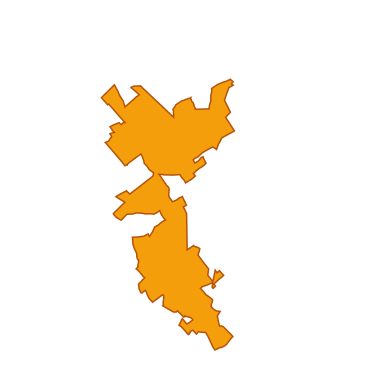 Sudzal, Yucatán, Mexico, rotated 224°
{"feature_id": "50627088B33781638054164", "entity_name": "Sudzal", "entity_type": "district", "adm_level": 2, "iso_a3": "MEX", "parent_name": "Mexico", "parent_adm1": "Yucatán", "projection": "orthographic", "projection_center": [-88.879, 20.784], "detail": "fine", "context": "isolated", "style": "filled", "palette": "amber", "viewbox_px": 384, "rotation_deg": 224, "n_neighbors": 0, "source": "geoboundaries", "source_scale": "gbopen_adm2", "svg_char_len": 6030}
<svg xmlns="http://www.w3.org/2000/svg" viewBox="0 0 384 384"><g transform="rotate(224 192 192)"><path d="M219.8,276.1L232.3,280.5L234.3,284.5L238.0,292.8L236.5,297.4L238.1,297.3L238.9,297.4L239.1,299.9L241.2,299.7L242.7,299.8L244.3,295.4L245.3,293.8L247.7,288.6L248.3,286.8L249.5,281.5L249.8,280.1L248.6,279.1L247.1,277.2L245.5,274.5L242.2,271.1L241.3,269.9L240.7,268.5L239.5,266.3L237.5,263.6L246.9,254.0L247.1,253.8L247.4,254.1L248.0,254.5L248.5,254.9L249.5,255.0L250.7,255.5L250.9,255.7L251.2,256.1L251.4,256.3L252.2,256.3L253.2,257.1L253.6,257.1L253.9,257.0L254.8,257.0L256.3,257.6L256.7,257.9L257.8,258.4L258.2,258.3L258.4,258.4L258.5,258.8L258.9,257.8L259.3,257.2L259.8,256.1L259.9,255.6L260.7,254.4L260.9,253.8L261.5,252.6L261.8,251.8L262.4,250.9L262.7,250.2L263.0,249.3L263.3,248.0L263.3,247.8L263.4,247.4L263.4,247.2L263.6,246.4L263.8,245.4L264.2,243.4L263.6,241.8L263.6,241.2L263.5,240.6L263.2,239.1L263.2,238.4L263.1,238.2L262.6,237.9L261.8,237.6L259.7,235.5L258.5,234.4L257.1,233.0L302.9,232.5L307.6,227.4L308.5,225.2L308.4,224.6L307.8,224.8L303.3,225.1L300.8,225.2L297.5,225.2L297.6,223.9L298.2,221.6L298.2,220.8L298.3,218.2L298.7,214.0L298.7,213.5L299.3,206.6L304.4,209.5L304.8,209.7L305.9,210.0L307.4,210.2L308.4,210.5L311.6,211.4L312.7,211.8L313.6,212.2L314.7,212.7L315.3,213.0L315.8,213.2L316.3,213.3L319.2,214.2L322.3,215.2L322.7,196.9L319.2,196.6L317.2,196.5L313.3,196.1L313.1,197.4L309.2,197.1L306.9,196.9L290.8,195.5L288.4,195.4L288.7,195.1L289.6,194.1L289.7,193.7L289.7,192.7L289.6,192.4L289.6,191.4L291.4,191.2L292.6,191.2L293.2,190.1L293.5,189.4L294.0,187.8L294.6,187.0L294.9,186.1L295.3,185.1L295.5,184.4L296.3,181.9L294.7,181.7L293.7,181.5L292.7,181.1L292.1,181.0L290.2,180.9L289.3,180.9L291.6,177.0L288.2,175.9L288.2,175.5L288.0,175.2L288.1,174.9L287.4,170.8L287.6,170.0L288.8,167.4L279.6,166.6L274.4,166.1L261.9,164.8L258.4,164.4L258.2,165.6L257.3,166.2L257.8,168.2L257.7,168.5L257.7,168.9L255.2,183.8L254.0,183.5L253.7,183.3L252.4,183.0L251.6,182.7L250.3,181.9L248.1,180.8L246.6,179.6L246.1,179.4L244.5,179.4L243.3,179.3L242.7,179.3L242.1,179.2L240.9,179.0L239.0,178.5L238.5,178.4L237.9,178.4L236.8,178.5L236.2,178.6L235.8,178.7L234.8,178.8L233.9,178.9L233.7,179.0L233.1,179.2L231.1,176.3L232.3,168.3L233.4,160.4L233.6,159.1L233.8,157.5L235.3,147.3L240.0,147.3L241.7,142.1L242.7,138.8L243.2,137.0L243.4,135.7L233.2,138.0L233.6,121.9L232.7,121.4L229.6,121.2L228.2,121.3L223.3,122.5L223.3,124.5L223.4,128.5L223.4,130.5L222.6,131.6L219.4,134.9L217.6,138.2L214.4,141.0L212.3,142.6L210.5,143.8L208.5,145.7L207.1,147.2L205.7,148.3L204.1,149.5L202.9,152.6L202.3,156.2L199.8,155.0L196.0,153.9L191.5,153.3L192.2,152.1L192.8,149.5L193.2,147.0L193.2,145.2L194.2,142.0L194.6,140.7L193.9,139.5L192.6,135.2L192.3,133.8L191.8,130.5L192.9,130.8L194.6,131.3L195.9,126.7L196.3,126.2L196.9,125.6L199.2,122.6L200.8,120.8L203.5,118.1L203.2,117.9L199.9,114.9L197.6,112.9L196.7,112.7L195.9,112.2L193.7,111.0L192.0,110.5L191.0,110.1L189.3,109.4L188.5,108.8L187.8,108.1L187.3,107.6L186.8,107.2L185.7,106.5L185.3,106.1L184.9,106.0L184.2,105.7L183.5,105.8L182.8,105.8L181.9,104.5L181.2,103.7L180.0,101.4L178.8,100.8L178.8,98.8L178.8,97.9L176.7,98.2L173.7,98.0L172.7,97.9L171.7,97.7L170.7,97.7L169.3,97.3L168.1,97.4L166.4,97.5L166.5,95.5L166.6,94.6L166.4,92.1L166.5,91.2L166.5,88.6L165.8,88.1L162.9,85.6L162.2,85.4L161.7,85.2L158.9,84.1L157.8,84.5L157.7,85.0L157.8,85.7L157.7,86.8L157.1,88.9L154.1,87.8L153.2,87.2L149.4,85.8L148.3,85.6L143.8,85.3L141.7,97.9L140.3,97.7L138.3,95.6L136.9,93.7L136.3,92.7L135.5,92.0L134.3,91.2L134.1,89.8L122.1,92.7L120.0,94.6L120.0,96.4L111.5,96.3L110.9,96.3L111.1,97.8L110.4,97.8L109.7,98.5L106.8,100.2L104.9,100.7L104.1,100.8L102.5,100.6L103.5,94.9L103.8,93.7L105.6,93.6L111.1,94.2L108.7,87.0L106.7,87.7L103.3,87.5L103.2,87.5L100.0,87.3L95.8,86.8L95.5,87.2L95.4,87.8L95.9,87.9L95.7,89.3L96.1,89.3L96.1,91.7L95.8,92.1L95.7,92.8L95.4,93.2L90.2,92.8L90.0,93.6L90.4,95.7L90.3,96.0L87.9,97.6L84.5,100.5L79.6,99.0L69.4,95.1L65.9,94.2L64.4,97.8L64.0,99.5L63.0,100.3L62.4,101.7L61.6,104.2L61.4,105.1L61.3,106.6L61.7,109.2L62.2,114.2L62.2,116.4L64.5,116.6L74.0,116.8L76.2,116.7L77.6,116.3L78.8,114.8L79.2,114.8L81.9,116.4L87.7,120.4L88.8,125.7L91.9,123.3L93.4,123.1L95.1,122.7L98.4,122.8L100.1,124.5L100.9,126.7L101.3,127.1L101.7,128.2L102.5,128.8L106.6,128.5L109.4,128.1L110.7,127.8L113.3,128.2L116.7,128.5L119.0,128.5L118.9,130.9L116.1,136.5L114.6,140.3L114.6,140.7L113.8,140.6L111.3,137.4L109.9,137.3L109.7,140.6L112.3,140.8L112.0,147.5L111.6,150.7L111.3,154.0L117.6,154.5L117.9,151.3L121.0,151.9L114.8,142.1L122.9,143.1L126.6,148.2L133.5,149.1L143.9,150.8L146.1,155.3L147.1,156.7L149.2,156.2L152.2,154.8L153.0,154.4L153.7,154.6L153.8,154.1L154.3,151.4L154.9,148.8L155.1,147.6L155.3,147.0L172.2,164.0L181.0,172.8L187.8,175.3L187.1,177.6L186.8,178.6L187.5,178.9L195.8,182.0L197.3,177.9L197.5,175.8L197.9,174.5L199.3,171.5L199.7,171.5L200.9,171.8L205.0,172.5L205.6,172.8L207.7,174.7L210.3,178.0L210.9,178.6L211.7,178.8L212.6,179.2L214.6,179.1L215.1,179.2L215.7,179.2L216.5,179.7L217.5,179.6L219.0,180.0L221.8,180.6L223.9,181.0L225.4,181.4L228.1,181.8L225.7,183.8L224.2,184.8L219.4,189.2L217.6,190.8L212.8,196.1L209.5,195.2L206.7,195.1L205.4,194.9L205.0,194.8L202.9,194.1L201.8,198.8L201.3,200.2L201.2,201.1L201.0,202.7L200.9,204.6L200.7,205.9L203.3,206.0L203.8,206.0L203.7,207.9L203.6,210.2L203.3,213.2L203.0,214.7L202.4,216.9L202.1,217.9L201.9,220.8L202.0,222.6L202.5,222.6L205.1,223.5L206.8,224.1L208.6,225.1L209.0,223.7L209.3,222.9L209.3,222.4L209.3,222.0L209.0,219.9L209.1,218.5L209.2,217.9L209.4,217.2L209.5,216.5L209.8,215.8L210.1,214.9L213.5,215.9L213.4,216.4L213.4,217.0L213.1,218.6L212.3,220.8L212.1,221.5L212.2,221.8L212.1,222.6L212.1,223.4L211.9,226.0L211.6,228.2L211.3,229.3L211.2,230.0L211.0,230.4L210.5,232.1L210.3,232.9L208.5,238.6L208.1,238.8L207.0,239.1L205.8,239.5L205.3,239.5L204.9,239.5L203.9,239.6L204.1,240.4L205.4,242.7L205.9,244.2L206.4,245.8L207.9,250.9L208.2,251.6L203.9,265.4L219.7,269.1L219.7,273.5L219.8,276.1Z" fill="#f59e0b" stroke="#b45309" stroke-width="1.5"/></g></svg>